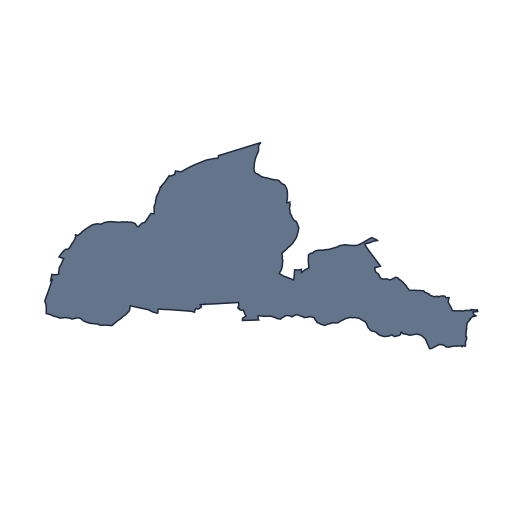 outline of Bontida, Cluj, Romania, rotated 354°
{"feature_id": "2599482B64143307562528", "entity_name": "Bontida", "entity_type": "district", "adm_level": 2, "iso_a3": "ROU", "parent_name": "Romania", "parent_adm1": "Cluj", "projection": "equal_earth", "projection_center": [23.849, 46.902], "detail": "fine", "context": "isolated", "style": "filled", "palette": "slate", "viewbox_px": 512, "rotation_deg": 354, "n_neighbors": 0, "source": "geoboundaries", "source_scale": "gbopen_adm2", "svg_char_len": 6104}
<svg xmlns="http://www.w3.org/2000/svg" viewBox="0 0 512 512"><g transform="rotate(354 256 256)"><path d="M451.8,368.2L451.7,367.8L452.0,366.7L454.7,367.6L455.1,366.4L455.3,363.0L456.4,361.5L456.9,360.1L456.9,358.3L456.4,358.2L456.4,357.3L457.4,351.2L458.0,350.7L458.0,348.8L458.6,345.7L459.5,344.1L461.1,342.8L461.5,342.1L462.4,341.6L462.0,341.0L463.0,340.4L464.8,339.1L465.9,338.4L466.3,339.0L468.5,338.5L467.2,337.6L466.6,337.0L466.1,335.4L465.9,334.4L470.7,334.4L470.5,332.7L467.6,332.4L464.2,331.7L464.0,332.6L458.4,332.0L456.5,332.4L454.5,332.3L454.3,331.8L450.8,331.7L445.6,330.9L444.5,327.2L442.3,322.1L442.7,320.2L443.7,317.6L440.7,317.4L440.2,316.5L439.3,315.6L437.4,315.2L435.0,315.2L433.4,315.8L432.2,315.0L431.5,314.9L429.8,315.2L429.0,315.1L426.1,313.8L424.2,312.6L424.1,311.8L423.0,311.4L421.8,310.5L420.1,309.8L419.5,308.5L418.5,307.9L417.4,308.0L415.3,307.3L414.2,307.4L409.9,306.6L405.3,306.3L404.6,305.7L404.2,304.7L403.0,303.2L402.3,301.4L401.3,300.0L400.1,298.7L399.5,297.6L397.6,295.5L395.9,294.1L395.4,293.2L394.0,292.2L393.1,291.8L392.3,291.9L387.8,293.6L386.5,293.8L385.5,293.4L384.9,292.9L384.1,292.6L382.6,292.3L379.8,292.3L378.1,291.4L376.8,289.7L376.5,288.1L375.6,286.4L373.9,285.0L373.5,284.4L372.8,282.6L373.1,280.7L373.1,279.9L375.4,279.7L378.8,279.1L368.8,262.5L366.3,257.9L365.5,255.6L367.2,255.1L369.5,254.9L375.0,253.4L377.9,253.4L378.4,253.3L377.8,252.6L373.1,249.8L372.3,250.2L371.1,250.5L362.7,254.3L357.9,256.0L354.5,255.8L349.6,255.1L346.3,254.1L341.3,254.3L339.9,254.5L337.8,255.5L330.0,256.9L328.0,257.1L326.0,256.9L324.2,257.1L323.5,257.4L322.2,257.0L319.6,256.8L315.7,257.1L313.9,257.9L313.0,258.9L310.9,258.9L308.3,260.4L307.5,266.0L307.3,273.4L303.6,274.7L299.5,277.3L299.7,274.0L296.8,274.4L293.0,273.8L291.5,281.7L290.8,283.5L290.4,283.8L289.2,282.8L287.9,282.0L286.4,281.6L285.8,281.0L281.7,279.1L277.4,276.0L277.9,274.9L279.8,272.3L281.2,268.4L282.2,262.7L281.6,261.1L282.3,259.3L281.9,256.1L285.9,253.3L287.9,251.7L288.6,251.0L291.3,249.3L294.0,247.1L295.0,245.6L297.7,242.5L298.5,241.0L299.7,238.2L301.5,232.6L300.7,229.1L299.7,226.0L297.8,224.6L297.2,223.8L295.7,220.6L295.5,219.0L294.4,217.4L294.6,214.2L294.1,212.6L295.2,208.9L295.4,207.7L295.2,207.2L294.7,206.6L295.1,206.0L292.3,206.3L292.3,205.4L293.3,201.8L293.8,197.5L293.9,194.3L293.5,192.1L292.0,188.4L289.8,187.1L288.1,185.5L286.9,183.5L285.3,182.7L283.6,182.4L279.8,181.4L276.5,180.0L272.3,178.7L269.5,177.5L266.5,174.8L264.8,174.0L264.0,173.2L263.2,171.9L263.1,170.9L263.1,169.2L263.6,167.1L263.7,165.5L264.3,162.9L265.4,159.6L266.2,157.7L269.4,152.0L269.7,150.7L269.9,147.6L270.2,146.5L271.0,145.2L272.3,144.3L272.1,143.8L229.4,152.2L229.0,152.4L229.1,152.8L228.9,153.7L228.6,154.5L228.1,154.8L224.1,154.6L222.1,155.1L221.0,155.0L216.4,155.4L203.3,159.2L195.9,162.0L190.3,164.5L184.8,163.0L183.5,166.5L178.3,167.7L178.0,167.1L172.9,173.1L169.7,176.0L169.0,177.4L168.6,177.5L168.1,177.3L167.0,180.3L164.9,184.0L163.0,186.7L162.9,188.0L161.8,190.4L161.9,191.2L161.4,193.2L160.0,195.6L159.7,196.7L159.4,201.0L159.2,202.5L158.9,203.2L158.0,203.3L156.9,202.8L156.0,202.8L154.3,204.4L153.6,205.5L149.3,210.6L148.6,211.0L145.8,211.5L142.5,214.4L141.7,214.5L140.3,213.5L139.6,211.6L138.8,210.8L135.5,209.3L133.6,209.3L131.4,208.5L130.4,208.7L126.7,208.1L122.9,208.2L120.6,207.6L114.6,206.6L113.1,206.6L109.1,206.8L105.2,208.2L101.7,207.4L97.8,207.6L96.0,208.1L90.5,210.8L85.6,213.7L83.8,215.3L81.3,216.8L81.0,216.9L78.0,215.8L79.2,216.8L77.2,221.0L75.0,223.8L74.0,224.6L73.2,226.1L72.5,226.7L71.6,228.3L69.6,229.5L67.4,229.5L65.4,230.6L62.4,233.6L60.0,236.4L64.4,238.4L60.8,244.8L59.3,246.7L58.5,249.8L57.8,253.5L54.2,253.7L51.0,253.0L49.3,258.7L50.0,258.2L50.9,258.2L46.2,268.5L42.9,275.0L41.3,278.5L41.5,280.0L42.1,282.3L41.9,287.6L41.3,291.2L45.7,293.0L48.3,294.6L51.6,295.7L54.3,297.2L57.3,297.4L59.5,297.2L64.6,298.4L66.4,299.5L71.2,298.9L73.1,299.0L74.9,299.7L77.4,302.2L78.6,303.1L83.5,305.5L91.3,307.1L93.6,308.5L94.7,308.7L99.4,309.0L105.4,310.2L111.1,306.2L115.5,303.8L116.9,302.6L120.0,300.9L122.4,299.0L123.0,298.3L123.6,298.1L124.6,296.6L125.7,292.4L142.2,297.8L143.9,298.5L147.1,300.7L151.8,302.6L152.3,302.5L153.2,298.5L160.4,299.8L163.3,300.1L185.3,304.1L186.4,304.4L189.0,305.5L189.4,304.4L189.5,303.7L190.1,302.6L190.6,302.1L191.1,301.9L192.5,302.7L193.3,302.6L196.3,301.1L196.4,300.5L195.3,298.6L195.6,298.5L200.2,298.8L200.3,298.4L200.8,298.6L206.4,299.1L233.7,300.4L233.9,302.9L232.6,305.2L232.5,305.8L233.4,306.6L234.0,306.5L234.0,307.5L234.5,307.6L235.3,308.3L237.5,308.4L238.0,308.8L238.2,310.0L238.4,310.4L238.7,312.1L239.8,314.3L239.7,314.7L239.5,315.1L237.3,315.8L236.2,316.6L236.0,316.9L235.8,318.7L252.0,319.9L251.6,318.9L251.6,317.6L251.9,315.6L258.4,316.9L263.9,317.3L268.4,319.1L268.6,319.0L269.8,320.2L273.9,321.4L274.9,320.3L278.2,319.1L278.8,318.5L280.8,318.5L283.0,318.9L284.8,320.0L285.6,320.2L289.1,318.7L291.8,318.9L292.9,319.8L295.6,320.9L297.5,322.3L301.9,322.2L302.8,321.8L306.8,323.0L307.7,323.9L308.1,325.6L309.0,326.5L309.8,328.5L311.6,329.4L313.0,330.5L315.7,331.6L316.9,332.3L320.3,331.2L323.0,331.0L325.1,330.3L326.4,330.7L330.7,331.0L333.5,329.4L335.4,328.9L337.8,327.9L339.3,327.5L343.8,326.9L345.1,327.4L348.3,327.6L349.5,328.1L351.3,328.4L352.3,328.9L355.7,331.5L357.6,332.6L359.0,335.0L359.2,336.6L359.6,337.0L359.6,337.7L360.2,339.3L361.1,340.2L362.0,341.8L363.7,342.9L365.4,343.2L366.2,343.8L367.3,344.3L368.1,344.8L368.1,345.3L370.4,347.5L372.3,348.4L375.0,349.5L377.1,349.6L380.6,349.4L381.8,348.9L382.9,348.8L383.9,349.3L384.2,349.6L384.2,349.8L385.0,350.4L385.5,350.6L386.5,350.5L390.6,349.8L391.7,348.9L392.1,347.3L392.8,346.8L393.8,348.3L394.6,348.9L397.1,349.4L399.9,350.7L401.6,350.9L407.1,350.4L407.7,350.5L410.7,351.5L411.7,352.0L412.6,352.8L415.4,355.8L416.1,356.8L416.3,358.2L416.6,358.9L416.7,359.6L417.6,361.8L418.3,364.5L418.9,366.0L419.3,366.5L421.5,366.1L428.9,363.2L430.5,363.5L431.3,363.5L433.1,364.2L434.1,364.8L435.2,366.1L435.6,366.3L438.7,366.9L440.3,366.5L442.3,366.3L445.1,366.4L446.2,366.7L447.1,366.5L447.7,366.7L449.9,366.7L450.9,367.2L451.8,368.2Z" fill="#64748b" stroke="#1e293b" stroke-width="1.5"/></g></svg>